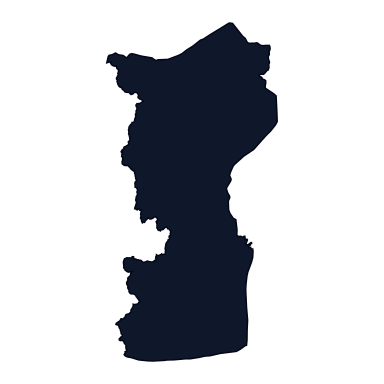 Boon Neua, Phôngsali, Laos
{"feature_id": "54806243B32733384276808", "entity_name": "Boon Neua", "entity_type": "district", "adm_level": 2, "iso_a3": "LAO", "parent_name": "Laos", "parent_adm1": "Phôngsali", "projection": "natural_earth1", "projection_center": [101.793, 21.686], "detail": "fine", "context": "isolated", "style": "filled", "palette": "ink", "viewbox_px": 384, "rotation_deg": 0, "n_neighbors": 0, "source": "geoboundaries", "source_scale": "gbopen_adm2", "svg_char_len": 6007}
<svg xmlns="http://www.w3.org/2000/svg" viewBox="0 0 384 384"><path d="M232.5,23.4L229.2,23.0L210.2,34.6L203.5,39.0L200.5,40.1L192.9,46.1L186.8,49.9L182.1,53.6L178.3,55.5L167.9,59.4L158.0,59.8L156.3,60.5L154.5,59.8L152.0,57.9L141.3,56.1L133.5,54.0L131.6,53.7L129.8,54.3L128.5,55.7L127.2,57.6L125.6,57.3L123.2,55.5L118.5,54.8L115.5,53.0L112.3,54.7L109.2,55.3L108.3,56.4L106.8,62.8L109.1,62.1L111.3,62.3L110.7,63.3L111.5,64.6L112.3,65.3L114.1,66.1L116.3,66.1L116.8,68.2L117.3,68.9L118.3,69.3L118.5,71.4L117.8,73.6L118.5,74.7L117.3,76.3L117.3,77.1L116.5,77.9L116.5,78.6L116.7,79.4L117.6,80.1L117.1,81.1L117.1,81.7L117.5,82.6L117.7,83.8L118.7,85.9L120.1,87.2L121.4,87.6L122.1,88.5L122.3,89.3L124.0,90.5L124.9,91.9L127.6,92.4L128.5,92.1L131.0,94.5L133.0,93.9L134.2,92.5L135.5,92.3L136.8,92.7L137.7,93.5L138.2,94.6L138.5,95.5L138.0,96.9L138.2,97.8L139.7,99.0L140.8,99.2L143.3,101.0L140.3,103.3L138.1,103.7L137.0,103.6L136.1,104.8L136.0,105.6L136.3,106.7L137.0,107.5L137.1,108.4L136.8,109.2L136.7,110.0L136.1,110.8L136.2,112.3L136.0,113.5L135.4,114.3L135.8,115.9L135.3,118.0L134.8,118.8L134.4,121.4L133.5,122.4L132.0,122.5L132.0,123.7L130.8,124.4L129.0,127.0L129.0,128.5L128.5,129.5L128.9,132.3L128.8,133.4L128.6,133.9L129.2,135.2L129.9,138.8L129.8,140.6L128.9,141.2L128.3,141.9L128.8,144.1L127.4,145.5L126.6,145.7L125.7,146.5L124.3,146.9L123.8,147.8L123.9,149.3L122.5,149.5L121.1,151.8L121.4,152.2L122.6,152.0L122.6,153.5L121.7,154.0L122.1,155.1L121.7,156.1L121.7,156.6L122.6,157.5L122.7,158.1L122.6,160.4L122.1,161.3L122.2,163.8L124.3,165.4L126.5,165.6L127.7,165.3L130.8,168.6L131.3,169.4L132.6,170.2L133.5,170.0L133.3,170.8L133.8,171.0L134.4,171.8L134.7,172.5L134.6,173.4L135.2,174.1L135.2,175.8L135.6,177.2L135.7,178.5L136.5,180.7L136.2,181.3L135.4,181.7L134.9,183.3L135.2,185.9L135.0,187.0L136.7,187.9L137.0,188.8L137.7,189.7L136.9,192.1L137.5,193.1L137.3,193.7L137.5,194.8L136.3,196.5L136.2,197.8L135.8,199.3L135.8,200.3L136.7,203.1L136.0,204.1L135.6,205.9L135.0,207.1L134.7,208.7L135.3,208.8L137.2,209.9L138.1,208.8L138.6,208.9L140.0,210.3L141.1,210.1L141.3,210.2L141.2,211.7L140.6,214.2L141.1,215.9L140.5,218.0L141.4,219.6L141.6,221.2L142.4,222.9L143.3,222.2L144.5,222.4L145.7,220.4L148.3,217.9L149.8,219.0L151.5,218.9L152.4,218.3L153.1,218.1L153.9,217.2L155.6,216.7L156.1,217.4L156.8,217.9L157.7,219.6L157.5,220.3L156.2,221.5L156.8,223.7L157.2,224.3L156.9,225.9L157.1,226.6L156.8,227.9L157.6,228.4L157.7,229.4L158.3,230.2L159.2,230.5L159.8,230.5L160.5,230.9L161.3,229.6L163.0,229.6L164.7,227.8L166.0,227.0L167.2,227.5L167.7,228.8L168.7,228.8L169.5,229.9L170.5,230.4L170.5,233.3L170.2,233.8L170.7,235.0L170.4,235.4L169.2,236.0L169.1,237.1L169.6,238.3L169.5,238.7L169.2,239.4L168.2,239.7L167.7,241.4L166.6,242.4L166.0,243.7L165.1,248.9L165.6,250.4L165.3,251.5L165.4,252.9L165.2,254.1L162.6,254.5L161.6,253.9L161.1,254.6L160.4,254.7L159.6,255.2L158.6,255.5L157.3,255.4L156.5,254.8L156.5,255.5L155.8,256.7L155.9,257.6L155.6,258.3L156.3,259.6L155.6,260.3L154.3,260.5L153.6,262.0L152.8,261.8L150.7,262.1L150.2,261.7L148.2,261.4L147.3,261.0L145.7,261.9L145.1,261.9L144.6,262.4L143.7,262.2L142.8,262.4L141.9,261.2L140.7,260.3L139.8,260.4L138.5,259.8L136.8,259.8L136.1,259.2L135.1,258.9L134.3,259.3L133.8,258.5L133.6,256.8L133.4,256.7L132.2,256.7L131.9,257.7L131.4,258.0L126.9,257.8L124.6,258.8L124.1,259.8L123.4,262.3L123.9,266.5L123.7,267.5L124.1,268.0L124.2,268.7L125.0,269.1L125.1,270.1L127.1,271.6L128.3,272.1L131.9,271.6L130.7,273.4L130.6,274.7L129.9,276.1L128.2,277.4L127.7,278.8L128.0,279.3L127.8,280.4L126.6,282.6L126.9,284.5L128.0,286.2L127.7,287.9L129.1,290.4L129.0,291.2L129.1,291.9L130.0,293.2L130.9,293.8L133.3,293.9L135.1,294.7L136.1,295.9L136.2,296.7L136.9,297.2L137.7,298.6L138.8,299.6L139.0,300.6L140.0,301.4L138.9,302.3L137.9,303.9L134.5,304.6L133.2,304.2L133.2,306.4L132.5,307.4L132.3,308.2L131.0,309.8L131.0,311.5L130.5,312.6L129.6,313.1L129.3,313.7L127.2,314.2L125.9,314.7L125.9,315.3L125.4,316.0L125.2,316.9L124.2,317.7L123.7,318.6L122.6,319.1L121.4,318.7L120.9,318.9L120.0,320.8L117.1,322.7L116.4,323.3L115.9,324.3L117.0,324.9L118.1,324.9L119.1,326.7L119.2,327.7L120.3,329.2L120.5,330.8L121.1,331.9L121.0,333.3L122.5,335.3L122.1,336.4L121.4,336.9L120.9,337.0L120.7,337.5L119.4,338.6L119.2,339.9L120.3,340.6L121.4,340.4L123.6,341.0L124.3,343.2L126.0,345.3L126.1,345.9L125.8,347.0L126.1,347.7L126.0,348.9L127.2,349.8L126.3,351.2L125.1,351.6L125.2,352.9L124.2,354.6L125.0,355.7L126.6,356.6L128.2,357.1L131.0,357.5L138.7,359.9L147.6,360.8L152.8,361.0L164.3,360.4L166.9,360.0L174.2,359.8L185.4,358.8L190.1,358.8L199.0,357.4L204.8,356.1L210.2,355.7L220.2,353.4L236.2,351.4L237.9,350.6L241.2,348.6L245.2,345.6L246.5,345.3L247.0,340.1L247.1,330.3L247.6,320.1L246.5,306.9L245.7,289.8L246.0,284.3L246.9,276.2L247.8,272.0L251.4,262.4L252.7,257.4L253.0,251.1L252.7,249.0L252.3,249.2L250.9,248.6L250.6,247.3L249.4,247.7L248.3,246.4L248.6,246.0L250.1,245.3L250.3,245.0L250.5,243.8L251.2,243.7L251.6,243.5L251.5,242.6L250.9,242.6L248.2,244.7L246.3,244.8L245.9,244.2L246.4,243.1L246.4,242.0L247.0,241.3L247.4,239.8L246.9,239.2L245.2,239.6L244.7,239.3L244.7,238.8L245.1,238.2L244.8,236.2L244.2,236.2L243.1,237.0L242.5,237.2L240.9,236.3L238.0,236.5L237.6,235.8L236.9,235.6L236.8,235.0L237.0,230.0L235.8,219.6L233.3,218.4L229.9,213.4L228.6,209.9L228.3,201.0L229.7,197.8L229.6,196.2L227.6,192.7L226.4,188.8L226.9,187.2L230.5,181.3L231.1,179.6L230.7,178.0L229.7,176.1L229.7,174.5L230.5,172.1L232.8,166.8L234.2,164.7L243.9,156.0L253.6,149.5L265.5,136.1L270.7,130.9L275.6,124.7L277.2,121.5L276.9,112.7L276.1,95.9L273.6,93.7L265.3,88.2L265.2,86.1L265.7,83.2L265.7,80.7L264.4,79.7L262.3,78.9L262.0,78.5L262.0,77.8L261.5,77.2L259.1,75.8L259.1,75.4L259.9,74.2L263.4,74.3L264.6,73.4L266.8,70.7L268.2,69.9L269.0,67.3L268.7,64.9L269.5,62.3L268.4,58.7L268.2,57.2L268.7,55.4L269.3,54.7L269.1,51.3L269.8,50.3L270.1,48.5L269.8,46.4L269.3,45.4L265.7,45.4L263.4,45.7L260.5,45.3L257.6,43.1L256.6,42.8L254.6,43.2L248.7,43.3L247.1,42.1L245.3,38.5L242.6,36.2L232.5,23.4Z" fill="#0f172a" stroke="#020617" stroke-width="1.5"/></svg>